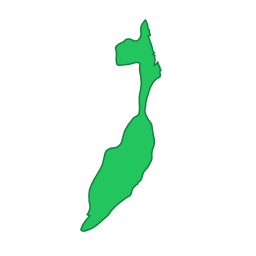 Nghia Hung, Nam Định, Vietnam (orthographic projection), rotated 10°
{"feature_id": "81297802B4294080644708", "entity_name": "Nghia Hung", "entity_type": "district", "adm_level": 2, "iso_a3": "VNM", "parent_name": "Vietnam", "parent_adm1": "Nam Định", "projection": "orthographic", "projection_center": [106.157, 20.1], "detail": "fine", "context": "isolated", "style": "filled", "palette": "green", "viewbox_px": 256, "rotation_deg": 10, "n_neighbors": 0, "source": "geoboundaries", "source_scale": "gbopen_adm2", "svg_char_len": 5592}
<svg xmlns="http://www.w3.org/2000/svg" viewBox="0 0 256 256"><g transform="rotate(10 128 128)"><path d="M141.4,106.6L141.4,105.8L141.5,103.7L141.5,102.8L141.3,101.8L141.1,101.2L141.1,100.7L141.2,98.1L141.3,96.9L141.3,95.5L141.6,93.6L142.0,91.0L142.3,88.3L142.7,85.6L143.0,84.2L143.2,83.3L143.9,81.2L144.6,79.3L145.0,78.3L145.4,77.4L147.0,75.5L148.1,74.2L149.3,73.1L150.0,72.6L150.6,72.1L150.6,71.8L150.4,71.5L150.4,71.4L150.5,71.2L150.6,70.8L150.7,70.6L150.6,70.1L150.5,69.8L150.4,69.5L150.4,69.2L150.2,68.9L149.9,68.5L149.8,68.3L149.7,68.1L149.6,67.5L149.7,66.8L149.7,66.4L149.9,66.0L150.2,65.4L150.2,65.1L150.2,64.8L150.1,64.7L149.9,64.5L149.7,64.5L149.5,64.4L149.2,64.4L149.0,64.2L148.9,64.1L148.9,63.5L148.9,63.0L148.9,62.8L148.9,62.6L148.7,62.4L148.3,62.2L148.1,62.1L147.9,61.9L147.9,61.3L147.8,61.1L147.7,60.9L147.0,60.6L146.9,60.4L146.7,59.9L146.7,59.5L146.5,59.2L146.4,58.9L146.0,58.2L145.8,57.9L145.7,57.8L145.5,58.0L145.6,59.2L145.7,59.4L145.6,59.5L145.0,59.7L144.9,59.8L144.8,60.2L144.6,60.3L143.8,60.5L143.3,60.7L143.2,60.7L143.2,61.0L143.2,61.5L142.9,61.5L142.9,57.5L142.9,56.5L142.9,56.2L142.7,55.7L142.0,53.8L141.9,53.4L141.9,53.2L141.7,51.6L140.2,51.5L139.9,51.4L139.6,51.3L139.6,51.2L140.2,50.4L140.5,50.1L140.6,49.9L140.8,49.6L140.9,49.3L140.9,49.2L140.7,49.1L140.2,49.0L139.7,48.5L139.1,47.7L138.7,46.9L138.6,46.6L137.7,44.4L137.3,43.5L136.9,42.8L136.3,41.5L134.1,37.7L133.3,36.2L131.9,33.7L133.1,33.2L133.5,33.1L133.7,32.9L133.8,32.8L133.7,32.6L133.4,31.9L133.3,31.7L132.8,30.8L132.7,30.6L132.7,30.1L132.1,28.7L132.0,28.2L131.9,27.8L131.8,27.7L131.7,27.6L131.3,27.5L131.1,27.4L130.7,26.9L130.0,25.3L129.9,24.9L129.6,23.7L129.2,22.8L128.6,21.7L128.3,21.3L127.8,20.4L127.4,19.8L127.1,19.4L126.4,18.7L125.8,19.5L125.4,20.2L125.2,20.6L124.8,21.4L124.6,21.8L124.3,22.3L123.8,23.6L123.6,24.3L123.4,25.0L123.3,26.0L123.3,26.4L123.4,27.6L123.5,28.6L123.5,28.9L123.9,30.4L124.1,31.3L124.4,32.6L124.5,33.1L124.6,33.9L124.6,34.9L124.6,35.3L124.6,35.7L124.5,35.9L124.3,36.7L124.0,37.4L123.4,38.7L123.1,39.2L122.8,39.6L122.4,40.0L121.6,40.5L121.0,40.8L120.4,41.0L119.9,41.1L119.3,41.1L119.0,41.1L118.5,41.0L117.5,40.8L115.9,40.3L115.5,40.2L114.2,40.1L113.0,40.2L112.6,40.3L112.2,40.4L111.9,40.5L111.6,40.7L111.3,40.8L110.4,41.5L110.0,41.9L109.8,42.1L109.2,43.2L108.9,43.6L108.6,43.8L108.1,44.2L107.0,45.1L106.2,45.7L105.6,46.0L105.1,46.4L104.4,47.0L103.9,47.4L103.6,47.8L102.6,49.1L102.3,49.4L102.1,49.7L102.1,50.2L101.9,50.7L101.9,51.3L101.9,51.6L101.9,52.0L102.4,53.1L102.9,54.0L103.2,54.7L103.3,55.0L103.5,56.1L103.7,57.3L103.9,58.0L104.0,58.8L104.3,61.3L104.4,62.3L104.4,62.6L104.7,63.5L105.6,66.2L105.8,66.6L106.1,67.1L106.3,67.4L106.5,67.5L106.9,67.6L107.1,67.7L107.7,67.8L108.5,67.7L108.9,67.7L109.4,67.5L110.0,67.4L111.3,66.9L114.3,66.1L115.3,65.8L117.9,65.0L119.4,64.4L120.0,64.2L121.6,63.4L123.9,62.3L124.7,62.1L125.1,62.0L125.6,61.9L126.2,61.9L127.1,61.9L127.3,61.9L127.5,62.0L127.9,62.1L128.1,62.3L128.3,62.5L128.6,63.2L128.8,63.9L128.8,64.1L129.0,66.8L129.1,67.6L129.5,69.3L129.9,70.5L131.1,74.0L131.5,74.9L131.8,75.8L132.1,76.9L132.8,79.5L132.9,80.1L133.2,81.0L133.3,81.6L133.4,82.3L133.5,83.5L133.6,85.7L133.6,86.7L133.7,87.9L133.7,89.0L133.8,90.2L133.6,93.1L133.6,94.0L133.7,95.2L133.9,96.4L134.1,97.6L134.8,101.4L135.3,103.6L135.6,104.5L135.7,105.2L136.0,107.3L136.3,110.0L136.3,111.0L136.3,111.6L136.2,112.2L136.0,112.9L135.7,113.4L135.6,113.7L135.0,114.3L133.3,115.8L132.6,116.2L131.9,117.0L131.6,117.4L131.0,118.2L130.9,118.4L129.6,121.2L128.9,122.4L128.3,123.5L127.8,124.6L127.2,125.8L126.8,127.0L125.5,130.9L125.2,131.7L125.1,132.1L125.0,133.4L125.0,134.5L124.9,134.9L124.7,136.3L124.6,137.4L124.5,138.5L124.4,140.8L124.3,142.1L124.2,142.8L124.0,143.6L123.8,144.0L123.4,145.0L122.9,146.2L122.4,146.9L121.8,147.5L121.3,148.1L120.9,148.4L120.5,148.7L119.8,149.1L119.3,149.4L118.7,149.6L116.7,150.3L115.6,150.6L114.6,150.9L114.1,151.1L113.6,151.5L112.7,152.2L112.1,152.6L111.5,153.2L111.1,153.7L110.8,154.0L110.6,154.3L110.4,154.8L110.2,155.5L110.1,156.0L109.9,156.7L109.8,158.0L109.7,159.3L109.6,160.8L109.5,162.9L109.4,164.2L109.3,165.0L109.3,166.7L109.2,167.6L108.9,169.4L108.7,170.3L108.1,172.3L107.7,173.4L107.2,175.0L105.4,179.6L105.3,180.1L103.9,183.5L103.3,185.3L102.3,188.7L102.0,189.8L101.6,191.2L101.5,191.9L101.0,194.7L100.9,195.0L100.9,196.3L101.0,197.6L101.2,200.6L101.4,202.0L101.7,203.2L102.1,204.6L102.2,205.8L102.5,206.7L102.6,207.3L103.0,208.3L103.7,210.2L104.0,210.8L104.3,211.8L104.4,213.9L104.3,214.7L104.3,215.9L104.1,216.5L104.0,217.2L102.9,220.5L105.6,221.0L101.9,227.4L100.3,231.3L99.2,236.0L99.5,236.6L100.4,237.2L102.2,237.3L103.7,236.8L107.1,234.9L109.9,233.1L113.7,229.5L117.1,225.5L123.1,217.9L124.3,216.2L125.9,212.3L129.7,206.6L134.4,201.2L138.6,196.7L140.5,195.4L141.7,194.2L142.2,193.3L142.4,192.3L142.6,190.9L142.8,188.7L143.0,187.3L143.4,186.2L146.2,182.2L147.0,181.8L147.2,181.1L147.4,180.2L147.7,179.4L147.9,179.2L148.4,178.8L149.1,178.0L149.4,177.5L149.7,176.7L150.0,175.6L150.3,174.3L150.4,173.4L150.6,171.4L150.8,170.1L151.0,169.2L151.3,168.4L151.9,167.3L152.2,166.6L153.2,165.0L153.8,164.1L154.3,163.1L154.9,161.6L155.5,159.9L156.4,156.8L156.6,155.7L156.8,154.1L156.7,153.5L156.5,151.9L155.9,149.2L155.8,148.1L155.8,146.4L155.8,145.5L155.9,144.6L156.1,143.4L156.4,142.3L156.5,141.4L156.5,138.7L156.4,137.3L156.4,136.7L155.9,135.0L155.4,133.5L154.8,132.2L153.8,129.5L152.0,124.5L151.3,122.1L151.0,121.3L150.4,120.3L149.8,119.4L149.0,118.4L148.2,117.6L147.1,116.7L145.8,115.4L144.8,114.1L143.5,112.3L142.8,111.3L142.2,109.6L141.8,108.6L141.5,107.5L141.4,106.6Z" fill="#22c55e" stroke="#15803d" stroke-width="1.5"/></g></svg>